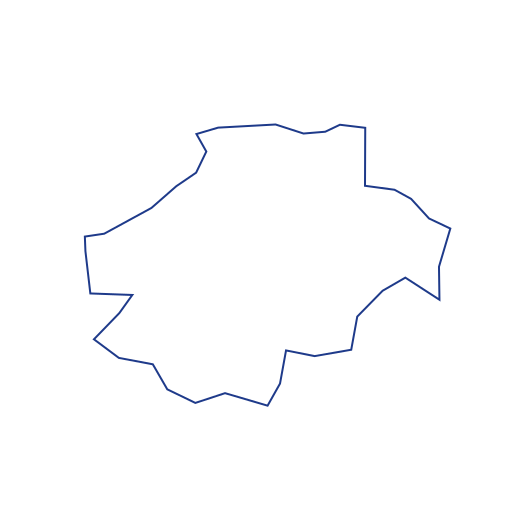 outline of Glogovac, rotated 60°
{"feature_id": "KOS-5899", "entity_name": "Glogovac", "entity_type": "District", "adm_level": 1, "iso_a3": "XKX", "parent_name": "Kosovo", "parent_adm1": "", "projection": "albers", "projection_center": [20.868, 42.604], "detail": "fine", "context": "isolated", "style": "outline", "palette": "blue", "viewbox_px": 512, "rotation_deg": 60, "n_neighbors": 0, "source": "natural_earth", "source_scale": "10m", "svg_char_len": 629}
<svg xmlns="http://www.w3.org/2000/svg" viewBox="0 0 512 512"><g transform="rotate(60 256 256)"><path d="M153.6,394.5L160.8,376.3L162.1,322.5L155.7,290.1L153.9,266.2L140.7,246.8L120.6,246.6L125.9,224.6L151.9,173.3L173.7,153.6L183.0,133.9L184.3,117.7L199.6,97.3L249.7,126.5L267.9,102.9L284.1,93.1L310.0,87.4L329.4,74.0L356.8,102.9L385.6,119.0L349.4,137.5L349.4,163.7L359.1,198.6L384.8,220.4L372.0,255.3L352.8,277.2L378.5,299.0L391.4,320.8L359.3,351.4L352.9,382.0L327.1,399.5L298.2,399.5L275.7,425.7L247.1,438.0L237.1,402.9L227.9,382.6L205.6,418.2L166.5,401.3L153.6,394.5Z" fill="none" stroke="#1e3a8a" stroke-width="2"/></g></svg>